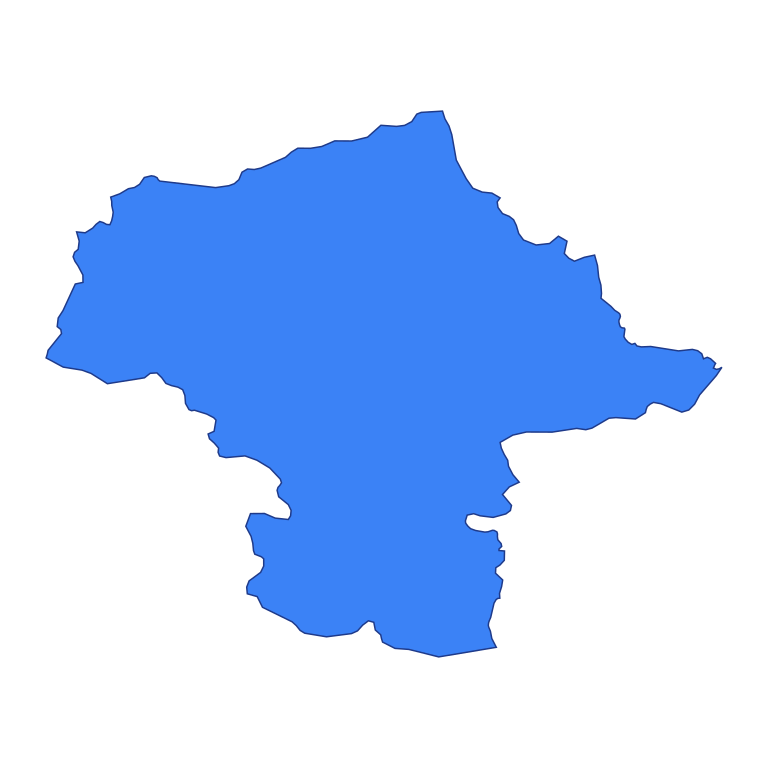 SVG path tracing the border of Masovian
{"feature_id": "POL-3148", "entity_name": "Masovian", "entity_type": "Voivodeship", "adm_level": 1, "iso_a3": "POL", "parent_name": "Poland", "parent_adm1": "", "projection": "equal_earth", "projection_center": [21.23, 52.228], "detail": "fine", "context": "isolated", "style": "filled", "palette": "blue", "viewbox_px": 768, "rotation_deg": 0, "n_neighbors": 0, "source": "natural_earth", "source_scale": "10m", "svg_char_len": 3455}
<svg xmlns="http://www.w3.org/2000/svg" viewBox="0 0 768 768"><path d="M442.5,111.1L444.9,118.8L449.0,126.0L451.8,134.7L456.3,160.1L466.2,178.7L472.8,188.2L482.2,192.1L491.9,193.1L500.1,197.9L497.2,201.9L498.0,207.5L502.5,213.6L509.3,216.4L513.6,219.8L516.3,225.4L518.7,233.5L523.5,240.0L536.1,245.0L549.6,243.5L558.4,236.2L567.0,241.2L564.3,253.5L568.8,258.2L574.4,261.2L584.3,257.3L594.6,255.1L597.5,265.6L598.7,277.2L600.9,285.1L601.5,293.5L601.0,298.3L611.0,306.4L614.7,310.3L618.7,312.9L619.9,314.2L620.4,316.4L619.8,318.3L619.0,320.0L618.9,322.0L619.6,324.9L620.4,326.8L621.9,327.8L624.4,328.1L624.9,329.2L623.9,336.6L625.2,339.0L628.2,342.3L631.8,344.4L634.9,343.4L637.0,346.0L641.4,346.9L650.7,346.5L678.5,350.9L692.4,349.4L697.7,350.7L701.8,353.8L703.5,358.8L707.3,357.3L710.6,358.8L715.6,363.4L714.8,364.7L713.9,367.0L713.4,368.0L716.4,369.4L719.2,368.8L721.9,367.3L716.3,375.6L699.6,394.9L694.6,404.2L688.8,410.0L681.8,412.1L660.8,403.7L653.5,402.4L650.2,404.1L647.3,406.5L646.2,409.4L645.4,412.7L635.5,419.0L615.9,417.6L609.0,418.2L592.0,428.1L585.8,429.7L576.7,428.4L552.2,432.1L526.4,432.0L512.8,435.1L500.1,442.4L501.3,448.1L504.2,454.4L507.7,460.3L508.5,466.3L512.9,474.7L519.2,482.2L509.3,486.9L502.5,494.5L511.5,505.4L510.4,510.5L505.9,513.9L493.2,517.4L480.1,515.8L473.7,513.7L467.2,515.1L465.4,520.9L465.7,523.2L467.9,526.2L470.6,528.7L475.6,530.5L484.8,532.1L488.0,531.8L492.4,530.3L494.1,530.4L496.9,531.9L497.5,533.9L497.4,536.5L497.8,539.7L501.1,543.6L501.7,546.4L499.0,549.0L499.0,550.5L504.5,551.0L504.3,560.3L500.0,565.0L495.8,567.7L495.5,573.2L502.7,580.0L501.6,586.6L499.5,593.4L499.8,598.2L497.8,598.4L496.1,599.6L494.0,603.2L490.7,617.4L489.3,620.7L488.6,622.7L488.3,625.3L488.7,627.1L490.4,631.2L491.8,638.5L496.3,647.3L438.7,656.9L408.8,649.4L395.0,648.4L382.6,642.1L381.5,638.6L380.7,634.8L375.3,630.0L373.8,622.3L368.4,620.8L362.7,625.1L357.5,630.9L351.5,633.6L326.5,636.8L304.7,633.2L300.1,630.4L296.3,625.6L292.1,621.8L262.5,607.3L257.2,596.6L247.3,593.8L246.7,587.1L249.1,580.9L260.6,572.4L263.7,566.1L263.7,558.8L261.4,556.8L254.8,554.2L253.5,550.6L252.8,543.3L251.1,536.4L245.8,526.3L250.5,513.6L264.5,513.5L275.2,518.1L288.3,519.5L290.6,515.8L291.1,510.4L288.3,504.6L278.7,496.8L277.1,490.3L278.0,487.4L279.8,485.4L281.5,482.8L280.3,479.1L269.8,468.0L256.9,460.2L245.0,455.9L226.0,457.6L219.6,456.0L218.1,452.3L218.6,448.1L214.3,443.1L209.5,438.8L208.1,434.0L214.1,431.3L216.0,420.1L213.6,417.6L206.6,414.0L194.4,410.2L191.6,410.7L189.0,409.6L185.5,403.4L184.9,395.5L182.7,389.7L177.8,387.1L171.5,385.6L165.9,383.4L161.7,377.6L156.9,372.9L150.2,373.3L144.5,377.8L107.4,383.7L91.0,373.4L81.9,370.1L63.2,367.1L46.1,357.9L47.3,354.1L48.1,350.3L61.5,333.6L60.8,329.5L57.2,326.6L58.2,318.0L63.0,310.6L75.3,284.0L83.0,282.4L82.9,275.0L77.9,265.6L75.0,261.4L73.1,256.8L74.6,252.3L78.2,249.3L79.2,241.1L76.6,231.9L85.2,232.8L92.7,228.1L96.1,224.3L99.8,221.5L103.3,222.6L106.5,224.4L109.9,224.7L111.6,220.9L112.6,216.6L113.2,212.2L111.8,205.6L111.7,201.3L110.7,197.1L119.8,193.8L128.4,188.7L134.5,187.5L139.6,184.3L144.3,177.5L151.3,175.8L154.3,176.3L157.1,177.7L158.2,179.7L159.8,181.1L215.6,187.6L228.9,185.7L234.3,183.7L238.9,179.7L242.0,172.2L247.5,169.0L254.3,169.5L260.7,168.1L285.5,157.3L291.4,152.1L297.8,148.2L310.5,148.3L321.7,146.5L334.7,140.9L351.6,141.0L367.5,137.2L380.9,125.3L396.6,126.4L404.6,125.4L411.8,121.6L416.8,114.1L421.2,112.4L442.5,111.1Z" fill="#3b82f6" stroke="#1e3a8a" stroke-width="1.5"/></svg>